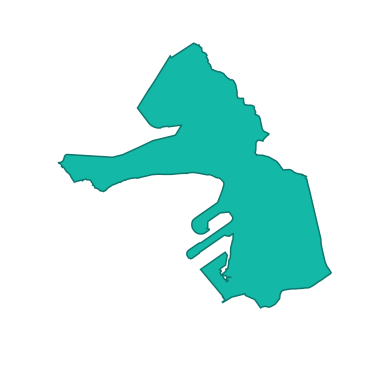 outline of Bayside (NSW), New South Wales, Australia, rotated 67°
{"feature_id": "25037944B57870334231273", "entity_name": "Bayside (NSW)", "entity_type": "district", "adm_level": 2, "iso_a3": "AUS", "parent_name": "Australia", "parent_adm1": "New South Wales", "projection": "natural_earth1", "projection_center": [151.152, -33.963], "detail": "fine", "context": "isolated", "style": "filled", "palette": "teal", "viewbox_px": 384, "rotation_deg": 67, "n_neighbors": 0, "source": "geoboundaries", "source_scale": "gbopen_adm2", "svg_char_len": 6032}
<svg xmlns="http://www.w3.org/2000/svg" viewBox="0 0 384 384"><g transform="rotate(67 192 192)"><path d="M168.6,98.6L167.3,99.4L164.4,101.9L163.2,102.5L162.2,102.6L160.6,102.6L153.9,101.3L152.2,100.8L149.6,100.6L148.8,100.7L147.8,101.1L146.3,102.3L145.9,102.9L145.3,103.3L144.7,103.6L144.3,102.9L144.0,102.5L142.9,102.1L139.8,102.3L138.5,101.5L137.2,101.7L137.0,101.8L135.7,103.0L135.3,103.6L133.9,106.7L133.8,107.3L133.2,107.7L132.9,108.2L132.4,109.3L131.8,109.5L130.6,109.5L129.8,109.2L128.5,109.2L127.0,108.3L126.2,108.2L125.7,108.3L125.3,109.2L125.1,110.2L124.5,111.3L124.2,112.1L123.6,112.8L122.4,113.0L121.3,112.9L119.8,112.5L119.2,112.3L118.2,111.6L116.6,111.3L115.5,110.9L112.9,110.5L111.3,110.0L109.3,109.9L108.4,110.2L107.3,110.1L106.3,110.2L105.5,110.5L104.4,111.2L104.0,112.4L103.5,113.2L103.1,113.4L102.3,113.7L100.6,115.0L95.6,116.6L94.9,117.0L93.7,118.2L92.6,118.9L92.0,120.2L91.5,121.1L90.4,122.1L89.6,123.3L88.6,124.1L88.0,124.4L87.4,125.5L87.0,125.8L85.2,125.8L83.9,125.6L83.4,125.7L82.8,125.5L81.4,125.7L80.0,126.4L78.2,126.6L77.6,126.4L77.4,126.1L77.4,125.7L74.7,125.7L73.7,126.2L72.8,125.8L72.5,125.2L72.2,124.9L71.6,124.9L70.5,125.0L68.4,126.2L67.7,127.3L67.0,127.7L66.2,127.7L64.5,127.4L64.0,127.3L63.6,126.9L63.1,126.9L62.3,127.2L60.8,128.3L59.4,128.1L59.1,128.6L59.0,129.6L58.8,130.0L58.1,130.2L57.4,130.6L57.0,131.0L56.8,131.5L56.2,131.8L55.7,132.2L60.3,158.5L58.2,158.9L71.6,177.9L72.4,178.9L80.8,191.3L80.6,191.3L84.0,196.1L93.4,209.4L112.1,204.7L114.0,203.9L115.0,203.4L116.5,202.3L117.8,201.0L118.7,199.9L119.7,198.5L120.8,195.8L120.8,195.7L120.5,195.2L120.3,194.4L120.6,193.9L121.4,190.4L121.8,189.7L122.2,188.2L122.8,188.1L125.3,179.0L126.5,175.6L133.1,184.9L133.1,186.1L129.5,207.7L130.2,226.0L130.6,241.2L129.0,251.5L126.3,257.0L124.6,260.2L122.4,264.8L108.7,292.2L108.5,293.5L108.7,294.1L109.0,294.9L109.7,295.6L111.9,297.4L113.1,299.0L113.3,299.9L113.4,301.4L112.9,303.3L113.4,303.4L113.8,303.2L114.0,302.9L114.3,302.2L114.8,301.9L117.2,301.4L117.4,302.1L117.6,302.0L117.8,302.4L117.8,301.9L118.7,301.7L118.5,301.0L119.1,300.5L124.3,299.5L126.6,298.3L128.8,297.5L131.9,297.4L133.8,296.9L136.1,296.7L136.7,296.5L136.9,296.3L137.1,295.9L137.1,294.0L137.6,291.2L137.9,288.4L138.8,288.5L138.4,286.7L138.4,285.9L138.5,285.1L138.8,284.5L139.7,284.1L140.0,283.1L141.3,281.1L142.2,280.6L142.9,280.5L143.9,280.7L144.4,280.5L144.8,280.1L145.3,280.0L146.3,280.3L146.8,280.8L147.3,280.2L147.8,279.8L148.9,279.6L150.2,279.8L152.5,277.1L154.3,276.4L155.3,275.7L156.4,273.7L157.1,273.1L156.8,271.9L156.7,270.5L156.3,269.8L155.4,267.7L154.5,262.5L154.5,261.6L154.7,260.6L154.6,259.1L154.7,257.1L154.5,255.5L155.1,254.4L154.8,252.7L154.7,249.7L155.1,248.9L155.0,247.7L155.4,243.7L155.6,243.3L156.2,240.7L156.8,238.8L157.9,236.7L158.1,236.1L158.3,235.3L158.2,234.5L159.8,225.8L160.1,223.5L160.5,221.6L162.0,217.4L163.0,214.9L164.6,211.4L167.7,204.2L170.1,196.3L171.9,191.5L172.9,189.1L173.1,188.4L173.0,187.6L173.4,186.2L174.4,183.6L175.2,181.9L177.5,178.2L181.8,171.8L182.6,170.2L182.8,169.0L184.8,166.9L188.0,164.2L188.7,163.3L189.9,161.3L191.7,160.3L194.2,159.4L195.8,159.1L197.6,159.7L202.6,163.7L211.7,172.5L216.6,195.8L217.7,200.5L218.4,202.1L218.9,202.8L220.2,204.0L222.4,205.1L223.2,205.4L225.2,205.7L227.1,205.5L229.7,204.8L230.8,204.2L232.4,202.9L233.1,202.1L234.2,200.0L234.8,198.1L234.8,196.9L234.5,194.7L233.8,191.6L233.6,191.0L233.3,190.7L232.9,190.7L232.6,190.9L231.8,192.1L231.8,191.8L225.9,189.3L225.3,188.6L225.2,188.3L222.4,174.9L222.3,174.2L224.7,166.3L225.0,165.8L225.6,165.5L230.8,164.4L231.9,164.5L232.8,165.2L233.8,166.4L234.4,167.2L234.6,167.8L235.1,169.7L242.1,202.9L241.9,206.1L244.3,217.9L245.0,219.4L245.7,220.2L247.2,221.1L248.4,221.3L249.6,221.2L251.2,220.8L251.9,220.5L252.6,219.7L252.9,219.3L253.1,218.0L251.2,209.4L250.5,208.4L244.5,179.6L244.5,179.1L244.7,178.8L246.4,176.5L247.2,175.2L247.2,174.4L246.4,170.5L247.4,170.5L248.5,171.4L251.8,172.8L252.1,173.1L252.2,173.6L253.8,174.5L255.1,175.7L256.8,176.6L257.2,177.2L258.7,178.3L260.8,179.2L261.3,179.6L264.6,180.9L265.3,181.2L265.7,181.7L267.1,182.2L268.1,183.1L268.4,183.9L269.8,185.1L271.7,185.9L275.4,188.3L276.4,189.1L276.6,189.5L276.6,189.8L276.2,190.5L276.2,190.9L276.4,191.1L276.7,191.1L276.8,190.9L277.0,190.9L277.9,191.7L278.7,193.3L279.2,195.5L279.7,196.1L280.6,196.7L280.8,196.5L281.0,195.8L281.7,195.0L281.8,194.3L282.0,194.1L283.0,193.1L283.8,192.7L284.3,192.3L285.0,190.9L285.1,190.3L285.3,190.1L284.7,192.8L284.7,193.6L285.5,194.3L285.9,194.4L286.7,193.8L287.5,193.6L287.9,193.7L288.3,194.4L288.1,194.8L287.6,195.2L287.1,195.3L286.5,195.5L285.6,195.6L285.1,196.1L284.2,196.3L282.5,196.6L281.8,196.3L281.1,196.4L280.6,197.1L279.1,197.8L278.9,197.8L278.7,197.5L278.1,197.7L277.4,197.6L276.5,196.2L276.1,196.0L275.4,196.2L274.3,197.0L273.8,195.6L273.5,195.2L272.4,189.8L264.0,184.2L260.4,185.0L266.6,214.4L300.2,204.2L300.3,204.6L300.8,204.4L300.9,204.8L304.1,203.8L305.1,206.4L305.4,206.3L305.6,206.8L305.3,206.9L305.3,207.0L305.8,206.8L305.6,206.1L304.3,196.3L306.4,183.0L308.0,183.3L315.1,176.6L315.8,176.2L325.5,174.1L325.3,173.1L325.3,172.2L325.5,170.3L325.9,169.2L327.7,166.7L328.1,165.9L328.3,164.4L327.8,159.4L324.9,153.9L324.2,152.9L321.4,151.4L320.7,150.9L318.6,148.7L318.3,148.0L318.2,147.4L318.2,146.1L318.8,143.0L319.6,139.9L320.3,137.6L322.0,133.5L322.2,132.4L323.8,128.2L324.4,125.7L325.8,121.9L325.6,118.3L325.2,116.1L324.2,111.6L323.6,107.5L321.9,100.0L321.8,99.0L321.4,96.9L321.0,95.9L320.6,95.5L318.2,95.8L312.9,96.9L308.1,96.8L294.7,94.5L288.7,93.0L286.6,92.1L285.2,91.7L236.2,83.2L230.6,82.4L224.8,81.3L223.6,82.2L222.4,80.6L221.0,82.0L219.9,83.6L219.3,83.2L216.9,86.8L215.2,89.0L213.8,90.2L210.6,92.1L209.3,93.8L208.0,97.4L207.8,98.9L207.3,99.5L198.3,101.6L196.4,102.5L189.7,107.7L186.7,111.6L185.8,112.5L184.4,115.7L183.5,117.1L183.3,118.0L180.1,118.7L179.9,118.2L178.9,117.2L172.0,114.0L171.2,113.4L170.7,112.6L170.3,111.4L170.4,110.3L172.8,106.7L171.7,105.9L169.8,101.6L169.4,100.4L169.4,99.7L169.0,99.1L168.7,99.1L168.6,98.6Z" fill="#14b8a6" stroke="#0f766e" stroke-width="1.5"/></g></svg>